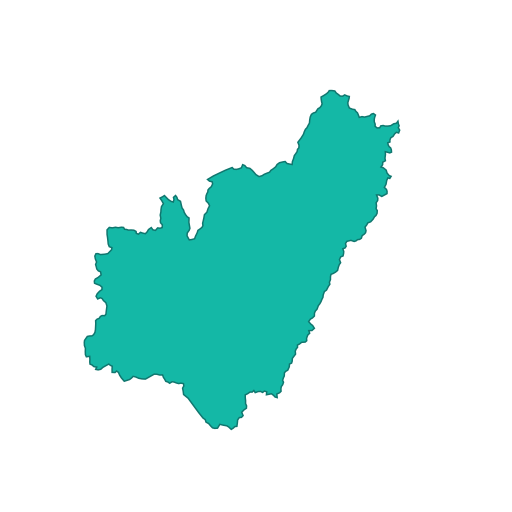 outline of Valença, Rio de Janeiro, Brazil, rotated 138°
{"feature_id": "56859067B36198843973631", "entity_name": "Valença", "entity_type": "district", "adm_level": 2, "iso_a3": "BRA", "parent_name": "Brazil", "parent_adm1": "Rio de Janeiro", "projection": "orthographic", "projection_center": [-43.878, -22.233], "detail": "fine", "context": "isolated", "style": "filled", "palette": "teal", "viewbox_px": 512, "rotation_deg": 138, "n_neighbors": 0, "source": "geoboundaries", "source_scale": "gbopen_adm2", "svg_char_len": 6101}
<svg xmlns="http://www.w3.org/2000/svg" viewBox="0 0 512 512"><g transform="rotate(138 256 256)"><path d="M60.3,261.2L62.8,260.7L65.2,262.1L68.7,262.7L71.2,264.4L73.1,266.1L74.2,267.9L76.2,269.2L78.3,268.5L80.3,270.1L80.7,272.7L79.2,274.3L78.3,276.6L76.5,278.6L74.8,279.8L72.9,280.8L73.4,283.3L75.3,284.2L77.7,284.1L80.1,285.4L82.4,286.6L84.0,288.7L86.5,289.9L85.5,292.5L84.8,294.5L85.0,296.7L84.6,298.7L86.1,300.5L87.6,303.5L86.5,306.7L85.2,308.5L83.1,309.8L81.3,310.9L79.9,312.1L81.1,313.8L82.3,316.4L84.7,316.8L86.4,318.5L86.7,320.8L87.3,323.5L87.0,325.9L89.0,328.3L90.9,329.9L92.7,329.4L95.0,329.4L98.1,329.9L101.3,330.6L102.7,328.8L104.0,326.8L105.0,324.9L106.9,323.9L109.3,323.5L111.3,324.0L113.4,323.5L115.5,322.9L117.7,323.9L120.0,324.2L122.7,323.0L125.0,321.2L127.4,319.0L129.8,318.2L132.4,317.2L134.4,317.1L136.8,316.1L139.3,314.7L143.5,313.5L148.8,312.5L150.0,309.4L151.8,307.7L153.8,307.5L155.5,306.1L158.2,305.4L160.3,305.0L163.0,303.2L165.9,301.7L167.9,299.8L169.5,301.8L171.1,304.1L171.1,306.7L173.0,307.9L176.1,309.6L179.1,309.9L181.7,309.1L185.0,309.3L187.7,309.7L189.9,309.2L192.4,310.2L195.2,311.2L197.8,311.6L200.6,313.0L201.6,316.6L201.5,319.7L201.5,322.1L201.9,325.2L203.9,327.9L203.8,330.7L204.8,332.8L207.8,331.3L210.5,332.3L212.5,333.4L214.4,335.3L214.5,337.7L221.3,340.2L226.3,341.7L234.1,344.0L240.8,345.3L240.5,342.8L238.9,340.5L240.0,338.6L242.8,337.4L245.6,337.5L247.5,337.2L249.0,335.8L250.8,335.2L252.7,334.2L254.6,332.5L256.2,330.3L256.1,326.9L256.9,324.4L259.9,323.3L263.2,321.4L266.7,321.2L269.1,319.3L271.6,317.5L273.8,316.0L275.1,314.1L277.0,313.4L279.8,313.6L282.0,313.9L284.0,312.7L285.9,311.9L287.7,311.2L290.1,309.9L292.5,311.1L294.8,312.6L294.3,314.8L293.7,317.2L291.7,319.1L288.5,319.8L286.6,320.8L283.3,326.0L281.7,327.6L280.3,329.1L280.9,331.1L280.7,333.9L280.1,336.6L279.1,338.6L278.8,341.2L277.5,343.7L275.5,347.2L276.5,350.3L275.5,352.6L275.3,354.8L278.1,354.8L279.2,352.8L281.4,351.5L282.6,353.5L283.4,356.7L283.6,362.2L285.6,362.5L288.6,363.3L289.0,360.2L289.8,356.8L293.1,356.0L295.4,354.2L297.2,352.4L299.8,350.5L301.5,347.7L303.5,346.3L304.7,344.6L304.7,341.9L306.7,339.9L308.7,340.8L310.3,342.7L313.6,342.3L315.1,344.4L314.8,347.2L318.2,347.6L320.6,346.8L323.3,346.6L325.0,349.0L326.0,350.9L328.8,350.9L329.8,352.9L328.7,354.5L329.5,356.9L331.4,358.9L333.5,360.6L334.4,362.3L335.8,363.8L335.3,365.8L336.7,367.4L339.5,369.2L341.2,371.4L343.9,373.0L345.9,375.4L349.2,375.1L350.8,373.3L352.3,371.6L353.8,369.3L355.7,366.6L357.8,363.8L358.8,361.1L357.5,358.6L359.1,357.3L361.9,357.1L364.5,356.9L367.0,358.4L370.6,361.1L371.9,363.6L373.4,364.8L375.8,363.8L377.3,361.4L378.5,358.2L380.9,357.0L381.9,354.9L383.0,352.9L383.1,350.4L382.1,348.3L383.7,345.6L387.6,345.7L390.8,346.4L392.9,345.6L394.2,343.8L393.4,342.0L391.6,338.6L391.3,335.8L393.0,334.1L395.8,334.5L399.2,334.2L401.8,333.1L402.4,330.0L399.6,329.1L398.8,327.3L399.2,325.0L398.8,321.8L400.2,318.6L404.2,315.2L406.4,313.2L408.4,312.9L410.2,314.7L412.1,315.2L414.2,314.6L416.4,315.4L418.4,315.3L420.3,313.0L422.1,311.2L424.6,308.7L426.8,307.0L429.4,306.2L431.4,306.4L433.3,308.0L435.2,309.1L437.8,308.5L439.9,308.0L441.4,306.7L443.4,304.3L444.5,301.6L446.9,299.1L448.8,296.8L449.5,294.6L446.7,292.7L448.6,290.3L450.4,288.5L451.7,286.7L450.8,284.9L450.5,282.3L448.7,280.0L451.0,279.0L449.5,277.0L447.2,275.7L444.3,275.7L440.7,274.9L437.7,274.2L437.4,272.2L436.6,270.3L438.7,268.2L440.8,265.8L438.7,263.7L436.6,263.8L436.1,261.5L437.1,258.6L437.6,255.5L437.7,251.1L435.3,250.0L432.6,248.8L430.1,248.6L427.9,248.8L426.5,246.9L424.9,243.5L423.0,241.0L420.5,238.5L410.7,236.3L408.8,234.5L407.2,232.0L405.0,230.1L406.0,227.8L406.3,225.7L406.9,223.2L405.8,221.3L405.3,219.2L402.5,218.7L401.2,217.1L400.1,214.9L398.8,212.9L396.9,211.8L395.3,209.7L396.6,207.7L399.0,206.9L400.5,204.4L402.5,201.5L402.1,198.9L401.6,195.8L403.4,177.7L403.8,171.0L403.2,168.4L404.3,166.0L403.3,163.1L403.4,160.1L403.3,157.4L402.0,155.5L399.8,153.8L395.5,155.1L393.6,152.3L391.3,149.3L390.7,147.2L390.4,143.7L388.0,143.3L385.9,143.4L384.2,142.2L381.8,144.2L379.3,146.5L376.5,147.1L374.8,145.8L372.4,146.0L371.2,149.4L367.9,149.7L365.0,149.3L363.3,150.9L362.5,153.3L360.5,155.5L358.8,157.9L356.9,160.0L354.5,159.3L351.5,158.9L349.8,157.4L347.6,157.5L348.0,155.0L345.2,153.9L343.2,152.3L342.4,150.2L340.1,150.0L338.9,147.9L341.1,145.9L338.6,144.4L336.7,143.3L336.2,140.7L336.2,138.5L335.0,136.6L332.9,139.5L330.0,138.6L327.9,138.7L326.4,140.6L324.6,142.0L322.3,142.5L320.0,143.8L319.4,145.8L317.2,147.1L315.3,147.9L313.0,150.2L311.0,150.4L308.8,149.9L305.4,151.4L303.4,153.3L301.2,152.6L299.4,153.7L297.5,155.6L294.9,156.1L292.3,156.6L290.5,159.0L288.2,160.1L286.3,160.3L284.8,162.1L282.6,161.5L279.8,161.3L277.0,159.1L275.0,159.1L273.5,161.0L270.5,162.6L267.8,162.7L266.7,165.2L264.3,163.2L261.0,163.2L260.4,166.5L260.8,168.6L260.8,172.0L257.9,172.7L255.5,172.2L252.8,172.3L250.8,174.4L248.7,175.4L246.3,175.6L242.9,177.4L240.6,177.8L238.2,178.6L236.0,179.7L233.9,180.5L232.1,182.1L229.0,183.8L226.4,183.5L222.5,185.0L220.0,185.6L219.0,187.4L216.5,188.6L214.5,190.8L212.6,192.2L210.1,191.3L207.6,190.8L205.0,190.7L202.3,192.6L199.8,193.9L197.6,194.4L196.4,197.5L193.6,198.7L191.3,197.8L189.3,199.2L187.8,200.6L186.6,203.3L184.5,202.4L182.5,202.9L181.1,205.4L178.7,206.1L176.8,205.1L175.0,204.1L173.3,201.1L171.5,200.3L169.6,200.2L167.9,199.0L165.8,198.7L163.5,200.1L160.9,199.8L159.0,200.0L157.3,201.2L155.7,204.5L152.9,205.0L150.8,205.8L147.9,204.7L144.4,205.0L141.6,205.9L139.8,205.8L137.5,206.7L135.5,208.6L135.1,210.8L132.9,212.6L131.1,215.2L128.5,215.8L126.8,217.4L125.6,220.7L123.7,219.1L122.7,216.1L119.4,215.3L116.9,214.7L115.3,216.4L114.5,218.2L114.7,221.1L111.4,222.3L108.3,224.7L105.7,225.8L104.7,224.1L102.3,224.8L103.2,226.6L103.1,230.0L101.8,232.7L102.4,236.5L103.6,238.5L100.8,239.1L99.1,240.9L96.1,240.2L94.7,242.4L92.0,244.7L90.1,247.0L87.6,243.1L85.8,242.5L84.4,244.3L83.6,246.2L83.9,248.3L83.4,250.2L82.3,252.0L80.2,251.1L78.9,252.6L76.7,253.7L74.2,253.2L71.2,254.0L68.9,254.0L67.7,252.0L65.0,253.4L64.4,256.2L62.5,257.0L61.8,258.9L60.3,261.2Z" fill="#14b8a6" stroke="#0f766e" stroke-width="1.5"/></g></svg>